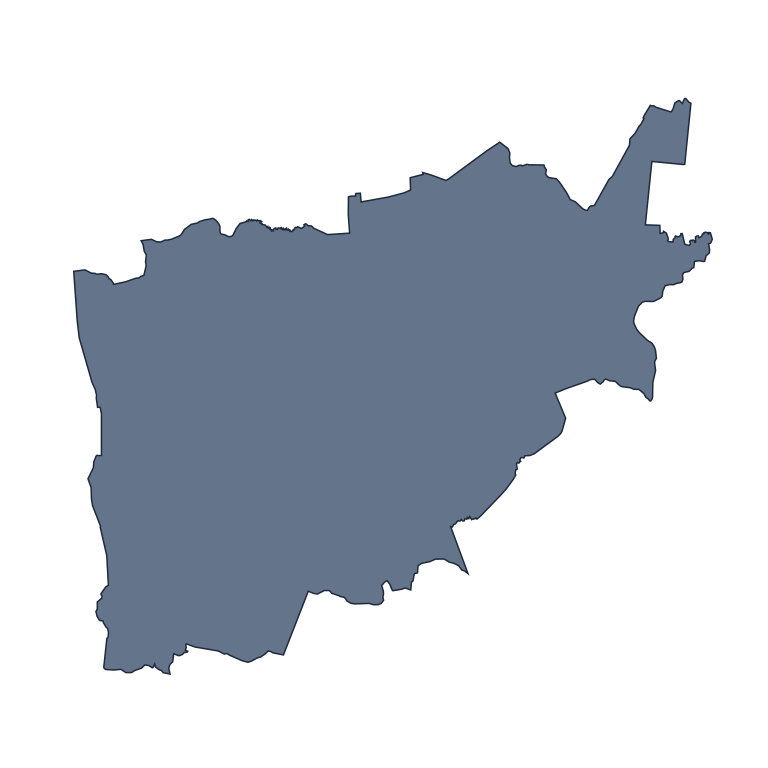 Telesti, Gorj, Romania (Natural Earth projection), rotated 274°
{"feature_id": "2599482B86985968934630", "entity_name": "Telesti", "entity_type": "district", "adm_level": 2, "iso_a3": "ROU", "parent_name": "Romania", "parent_adm1": "Gorj", "projection": "natural_earth1", "projection_center": [23.098, 44.988], "detail": "fine", "context": "isolated", "style": "filled", "palette": "slate", "viewbox_px": 768, "rotation_deg": 274, "n_neighbors": 0, "source": "geoboundaries", "source_scale": "gbopen_adm2", "svg_char_len": 6127}
<svg xmlns="http://www.w3.org/2000/svg" viewBox="0 0 768 768"><g transform="rotate(274 384 384)"><path d="M685.4,670.6L686.5,668.4L689.9,665.1L689.8,664.2L689.1,663.7L684.7,662.0L687.3,659.0L686.9,657.3L684.4,654.4L678.7,653.2L675.7,651.7L675.5,650.9L679.1,635.8L680.4,633.8L680.1,631.7L680.6,630.3L670.6,625.1L667.5,623.9L666.9,624.8L660.4,621.9L659.7,620.9L651.5,616.9L645.8,612.3L639.3,612.2L607.0,597.3L603.7,594.1L576.7,581.4L576.0,577.7L574.2,576.1L571.4,574.9L571.5,572.6L572.8,569.9L579.0,562.3L581.0,556.9L587.8,552.7L597.8,544.8L600.8,541.5L601.4,534.0L603.1,531.7L605.2,530.5L608.9,531.0L611.8,528.9L613.6,528.3L612.8,513.4L613.1,511.2L611.2,506.6L611.7,506.1L611.7,503.7L610.1,500.6L610.9,496.8L613.3,494.4L618.7,493.4L623.1,493.4L627.4,491.4L633.3,482.6L623.8,470.3L593.1,434.2L591.4,431.6L595.8,416.4L597.7,407.8L595.9,408.6L591.6,395.7L579.4,397.0L576.2,391.0L570.9,375.6L564.0,348.5L572.7,347.1L572.0,342.4L569.5,342.6L569.1,338.0L568.3,335.5L550.7,336.5L532.1,339.2L529.1,317.3L534.6,302.7L535.8,301.7L536.7,300.1L536.6,297.3L538.2,295.2L538.2,294.2L537.2,293.0L536.0,293.8L533.4,290.8L534.9,286.8L533.8,285.9L534.0,284.7L532.8,283.7L531.9,283.9L531.2,282.4L530.5,282.5L529.5,281.5L530.1,280.3L529.7,279.5L531.1,279.4L531.3,279.0L530.9,278.4L532.0,277.5L530.9,277.1L530.9,275.5L532.5,275.6L530.8,273.5L532.3,272.9L531.2,271.9L532.0,271.6L531.5,270.8L532.8,270.6L532.1,269.3L532.4,268.2L532.0,267.3L530.7,266.8L530.8,265.8L532.1,265.2L531.6,263.9L530.1,262.5L529.2,263.0L528.7,261.5L529.4,260.8L530.2,260.9L530.2,259.7L531.6,259.7L531.1,259.1L532.0,258.7L531.4,258.3L531.6,257.5L533.1,257.1L532.3,256.3L534.3,254.4L534.7,251.0L535.6,251.1L535.9,249.2L536.5,249.1L537.4,250.4L537.7,249.6L538.4,249.6L538.1,247.1L538.8,246.4L537.8,245.6L538.6,244.7L538.2,243.9L538.7,242.7L537.6,241.6L538.9,240.5L537.6,239.4L538.9,238.1L538.3,237.1L536.7,237.0L537.1,235.8L536.4,235.6L534.1,229.2L528.9,225.8L521.6,222.8L520.5,221.1L520.2,218.4L521.7,215.1L522.2,211.4L522.8,210.6L523.6,209.9L529.8,209.3L532.4,207.9L535.5,205.0L537.0,202.6L537.3,201.2L536.2,198.4L535.4,194.1L533.0,188.3L531.6,186.8L529.8,180.5L524.4,174.3L518.0,170.7L513.7,162.1L512.4,157.7L512.3,155.5L510.1,151.4L510.0,147.4L512.1,141.9L510.0,131.7L506.7,133.8L499.7,135.6L496.2,137.9L488.9,137.6L485.6,138.5L475.6,136.9L474.4,133.8L472.9,132.5L472.1,128.8L467.9,119.0L464.5,107.3L465.6,107.0L469.0,104.3L470.1,102.2L471.5,101.5L473.6,99.2L474.3,94.9L473.5,89.7L474.2,87.9L474.2,84.2L477.0,77.8L474.8,66.6L425.4,73.6L408.9,76.7L365.1,92.7L358.2,96.4L352.4,98.1L350.1,97.9L340.7,99.9L341.1,101.7L340.2,102.8L334.5,104.2L293.0,107.1L292.6,103.9L292.9,102.8L292.1,101.9L286.0,99.9L280.1,99.9L268.8,95.3L260.4,99.0L248.9,100.2L242.2,101.8L222.3,111.2L221.5,110.9L193.4,119.4L164.0,123.1L162.1,120.5L155.2,116.4L154.3,116.3L152.6,117.6L150.7,117.4L146.6,113.2L139.7,113.7L136.9,112.5L132.4,113.9L128.8,116.3L128.2,117.0L128.1,120.1L126.1,120.9L121.9,123.9L120.9,125.3L117.1,126.5L112.2,126.4L110.8,125.3L82.0,124.2L80.8,124.7L79.8,126.4L79.8,134.3L81.0,141.4L78.1,146.6L78.5,152.3L80.9,155.6L83.7,162.1L87.0,164.9L86.8,168.8L84.8,172.6L85.0,173.3L88.6,174.8L85.6,175.8L83.1,180.0L82.7,181.8L80.6,183.9L79.7,190.8L85.6,189.1L89.6,190.2L92.1,192.6L100.2,193.0L98.6,198.4L100.1,201.8L101.9,203.1L102.9,206.5L103.7,206.9L104.6,204.4L107.4,205.1L110.3,204.4L111.0,204.9L108.4,214.0L106.1,237.3L103.4,243.7L104.2,246.0L102.7,248.8L98.1,261.8L96.9,267.7L98.2,270.9L101.9,276.7L103.1,280.1L106.7,284.5L109.5,287.0L109.3,289.4L108.1,291.9L106.7,302.6L172.0,322.9L170.1,328.8L169.9,332.3L173.8,338.9L174.1,343.3L173.6,344.6L171.6,346.4L169.6,354.2L169.1,354.7L168.3,359.5L164.9,362.3L162.9,366.3L162.6,370.3L164.1,384.5L163.1,388.7L163.4,393.4L164.9,396.5L168.2,398.7L171.4,397.7L173.8,398.2L177.5,397.8L182.1,395.9L182.9,395.9L186.4,398.4L188.0,400.8L184.9,403.6L179.6,406.2L178.4,407.3L180.6,416.3L182.0,419.3L180.4,425.1L188.1,425.2L189.7,426.7L196.2,427.4L197.1,428.0L197.9,430.6L204.9,430.6L207.7,433.9L210.0,442.2L212.9,447.6L213.6,456.3L211.0,461.1L209.9,466.3L208.0,471.1L203.9,474.5L203.1,477.4L200.7,481.0L246.3,460.5L246.1,462.2L248.8,463.4L249.5,465.1L252.7,467.2L252.6,469.4L254.2,470.6L252.8,472.0L253.1,473.6L255.3,474.2L254.9,476.1L256.6,476.5L255.6,478.0L257.8,478.7L254.8,480.9L255.5,481.6L255.4,482.9L256.8,484.9L255.8,485.5L255.8,486.3L259.8,490.2L281.7,508.5L287.9,513.3L297.9,519.6L302.4,521.8L304.3,521.0L307.4,521.4L308.4,522.8L313.7,521.7L315.0,522.6L314.5,523.5L314.9,524.6L316.2,524.9L316.5,525.7L318.2,524.7L320.2,525.8L320.0,528.8L322.2,529.4L322.8,534.4L324.8,538.6L343.6,560.8L346.8,563.7L349.4,564.9L362.5,567.6L386.9,555.4L392.1,566.0L401.1,586.9L402.7,589.3L403.4,592.7L403.1,594.4L400.5,596.8L399.0,599.7L401.7,602.6L403.3,603.2L404.4,604.9L403.0,608.7L402.8,614.5L398.9,619.2L398.0,621.2L397.4,630.2L396.3,633.0L396.3,638.8L392.4,644.1L389.0,646.1L387.5,648.7L385.8,650.2L385.6,651.2L387.7,652.5L390.0,652.8L404.5,652.1L416.4,654.0L423.8,652.5L425.8,652.6L428.6,654.0L436.5,652.5L439.9,651.1L443.3,648.6L446.1,643.5L452.9,635.3L456.3,632.2L461.3,629.4L464.0,628.6L468.3,629.0L472.5,630.2L479.3,632.4L483.6,636.0L484.7,638.8L485.0,645.9L485.5,647.9L489.6,654.5L491.1,655.4L496.0,655.6L501.6,657.6L503.0,661.9L503.3,666.1L504.9,669.2L505.7,672.6L506.7,674.2L509.6,674.9L513.2,674.2L515.4,674.8L516.2,675.6L517.7,680.6L521.0,683.3L521.7,684.9L528.0,685.2L529.0,690.0L528.5,694.5L528.8,695.3L534.3,696.4L537.5,699.4L540.9,699.4L546.6,698.0L547.0,699.5L547.9,700.3L551.3,701.4L557.7,699.0L557.7,697.4L556.5,697.7L556.1,697.1L557.5,696.2L557.9,694.1L557.2,692.5L556.3,692.7L555.8,691.2L553.9,690.7L552.4,689.3L552.0,688.2L553.7,687.3L553.3,685.5L552.5,684.5L547.2,684.9L547.0,684.1L548.5,683.7L549.2,682.3L549.0,681.5L548.4,681.3L548.8,680.1L547.7,679.0L545.0,680.0L543.5,678.7L544.4,674.3L554.9,671.0L554.7,669.7L552.8,669.5L551.6,667.8L551.4,666.7L552.0,664.7L551.5,664.0L550.2,664.3L548.6,662.5L545.7,662.3L546.0,657.7L546.7,656.9L548.1,657.4L549.7,657.1L554.3,655.1L555.8,652.2L554.5,652.2L553.4,649.0L561.5,648.1L561.0,633.6L624.7,635.7L623.8,667.6L624.2,668.7L685.4,670.6Z" fill="#64748b" stroke="#1e293b" stroke-width="1.5"/></g></svg>